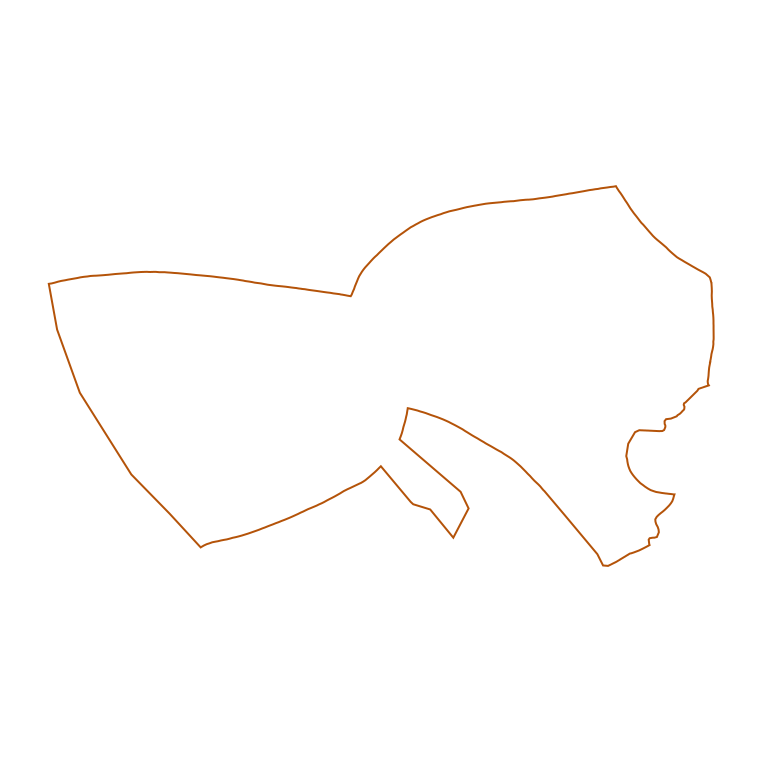 the district of Al Quraishyah, Al Bayda', Yemen, rotated 268°
{"feature_id": "15242507B46472407161282", "entity_name": "Al Quraishyah", "entity_type": "district", "adm_level": 2, "iso_a3": "YEM", "parent_name": "Yemen", "parent_adm1": "Al Bayda'", "projection": "robinson", "projection_center": [44.898, 14.605], "detail": "fine", "context": "isolated", "style": "outline", "palette": "amber", "viewbox_px": 768, "rotation_deg": 268, "n_neighbors": 0, "source": "geoboundaries", "source_scale": "gbopen_adm2", "svg_char_len": 6126}
<svg xmlns="http://www.w3.org/2000/svg" viewBox="0 0 768 768"><g transform="rotate(268 384 384)"><path d="M465.0,714.9L468.9,714.9L471.9,714.8L473.4,714.8L473.4,714.7L474.1,714.6L476.8,714.0L479.2,713.3L481.2,711.2L483.0,709.3L484.5,706.9L486.1,704.1L487.5,701.7L489.5,698.5L490.9,696.2L492.5,693.7L494.0,691.3L495.6,688.7L497.4,686.0L499.0,683.4L500.5,681.2L502.3,679.2L504.4,676.9L506.3,674.9L508.3,672.9L510.6,670.9L512.9,668.4L514.8,666.3L516.5,664.4L518.7,661.9L520.5,660.0L522.7,657.9L524.8,656.2L527.1,654.3L532.1,650.3L534.2,648.6L536.1,646.8L538.3,645.2L540.6,643.6L543.1,641.8L545.9,639.7L551.0,636.3L553.8,634.7L556.4,633.2L559.2,631.4L561.8,629.9L564.0,628.6L566.4,627.1L568.7,625.5L572.2,623.4L573.6,622.7L573.2,620.2L573.0,617.2L572.6,613.9L572.3,610.8L572.0,607.5L571.5,604.7L571.3,602.0L570.9,599.1L570.6,596.0L569.7,590.2L569.3,587.3L568.9,584.5L568.5,581.7L568.1,578.9L567.8,575.7L567.3,572.7L565.9,561.8L565.4,558.9L565.0,555.4L564.6,551.6L564.1,545.6L563.7,542.4L563.4,539.6L563.2,535.5L563.2,532.4L562.9,526.8L562.2,519.8L562.2,516.9L561.9,510.4L561.6,507.6L561.1,498.6L560.9,495.4L560.6,491.8L560.0,487.4L559.7,485.2L559.3,482.5L559.0,480.2L558.9,479.7L558.4,476.5L557.9,473.2L557.3,470.2L556.1,464.8L555.5,461.9L554.9,458.6L554.3,455.4L553.4,452.2L552.7,449.5L551.7,446.6L550.9,443.5L549.9,440.3L549.1,437.6L548.2,435.0L547.0,431.6L545.9,428.8L544.7,426.1L543.5,423.8L542.3,421.3L540.9,418.7L539.7,416.2L536.4,411.1L534.7,408.6L533.1,406.1L531.2,403.3L529.6,401.0L528.1,398.8L525.9,396.1L523.7,393.3L519.6,388.6L517.6,386.4L516.8,385.5L515.1,383.6L513.0,381.4L511.7,379.8L511.0,379.0L509.8,377.7L507.4,375.3L505.3,373.3L501.1,369.2L499.0,367.4L496.9,365.8L494.8,364.4L492.7,363.0L490.3,361.8L488.0,360.8L482.5,358.3L480.0,357.4L477.4,356.1L474.6,354.9L472.9,353.8L473.1,352.8L473.4,351.4L473.6,350.4L474.0,348.8L474.8,345.1L474.9,344.2L475.3,342.9L475.8,339.9L476.3,336.7L477.0,333.5L477.5,330.2L478.0,327.3L479.3,320.2L480.4,313.7L480.9,311.0L481.5,308.2L481.9,305.1L482.0,304.9L482.5,301.8L483.0,299.5L483.1,298.6L483.7,294.7L484.3,291.3L484.7,288.8L485.2,285.2L485.7,281.2L486.1,278.5L487.3,271.1L488.8,264.6L489.3,261.5L489.8,258.4L490.5,255.6L491.1,252.6L491.7,249.2L492.0,247.9L492.2,247.3L492.4,246.3L493.0,243.1L493.2,242.3L494.1,237.4L494.7,233.6L495.3,229.8L495.8,226.9L496.3,223.4L496.8,220.2L497.3,217.2L497.8,213.8L498.2,210.5L499.1,203.4L499.4,200.6L500.3,194.4L500.7,191.3L501.5,185.2L502.0,181.3L502.3,178.1L502.7,174.8L503.0,171.8L503.4,168.6L503.5,165.8L503.6,163.1L504.0,160.1L504.1,157.3L504.1,154.1L504.4,150.4L504.4,144.8L504.2,137.5L504.0,134.0L503.7,130.6L503.6,126.8L503.3,119.4L502.8,112.4L502.5,106.2L502.4,103.2L502.3,100.2L502.3,97.3L502.2,94.4L501.8,91.2L501.6,88.0L501.2,84.4L500.6,81.1L499.7,74.6L499.3,71.7L498.8,68.9L498.3,65.1L497.6,61.7L496.8,58.6L496.1,55.3L495.8,52.5L449.8,59.2L385.9,79.7L302.4,128.3L261.8,165.3L227.1,195.1L227.4,195.6L228.9,198.4L230.1,201.2L230.9,204.1L231.8,206.8L232.3,209.9L232.7,212.7L233.3,215.5L233.8,218.6L234.2,221.6L234.8,224.3L235.6,227.5L236.1,230.4L236.7,233.2L237.5,236.6L238.3,239.5L239.2,242.8L240.0,245.4L241.9,251.5L242.7,254.0L243.9,257.3L244.8,260.1L245.8,262.8L246.7,265.4L247.6,268.1L248.7,271.1L249.6,273.9L250.7,276.8L251.7,279.8L253.7,285.2L254.7,287.7L257.1,293.5L258.3,296.1L259.4,298.9L260.5,301.3L261.6,303.8L262.6,306.6L264.8,312.4L265.9,314.8L267.0,317.6L268.1,320.0L269.6,322.9L270.9,325.6L272.0,328.0L273.3,330.7L274.7,333.4L276.1,336.1L278.4,340.1L278.8,341.0L280.1,343.8L281.2,346.5L282.5,349.5L284.8,354.8L285.5,356.4L285.8,357.3L287.1,359.7L288.5,362.0L290.3,364.3L292.0,366.5L294.1,369.1L296.1,371.6L298.2,374.0L300.1,376.0L301.9,378.0L265.2,406.6L262.8,409.0L257.0,425.8L228.0,447.9L256.7,464.2L273.6,456.8L290.9,438.0L328.1,397.6L328.8,397.9L331.6,399.1L334.2,400.1L337.0,401.0L340.3,401.9L345.6,403.7L348.1,404.4L350.5,405.0L352.9,405.7L356.1,406.3L358.4,406.8L359.0,406.9L358.9,407.4L358.1,410.4L357.3,413.2L356.3,416.6L355.3,419.2L354.4,422.1L353.4,424.9L351.3,430.0L350.2,433.0L349.1,435.9L347.9,438.7L346.6,441.7L345.2,444.6L343.8,447.4L342.2,450.2L340.6,453.1L339.1,455.7L336.0,460.9L334.2,463.4L332.7,465.7L329.6,470.3L327.9,473.0L326.4,475.5L324.4,478.5L322.3,481.9L321.3,483.3L319.9,485.6L318.3,488.3L316.5,491.2L314.9,493.7L313.1,496.7L311.8,499.0L310.0,501.4L306.5,506.6L304.9,508.8L303.2,510.9L301.2,513.1L299.2,515.2L296.8,517.7L294.2,520.1L291.6,522.5L289.3,524.5L286.9,526.8L284.7,528.6L282.1,530.9L280.0,533.0L278.1,534.9L276.1,536.7L274.1,538.2L272.1,539.8L271.6,540.4L246.3,560.3L206.5,591.3L195.0,596.6L194.4,601.6L198.1,609.8L206.0,623.9L206.1,624.9L206.9,627.7L208.7,633.0L210.2,636.4L211.5,639.2L213.0,642.3L213.8,643.8L214.6,643.5L219.2,643.1L220.6,644.1L221.0,647.0L221.0,649.0L221.6,651.4L226.2,653.5L226.4,653.5L229.0,653.3L231.5,652.6L234.3,651.2L236.9,650.5L239.3,650.4L241.7,651.9L243.5,653.8L245.3,656.1L246.8,658.2L248.4,660.2L250.4,662.4L252.7,664.8L254.8,666.6L256.8,668.0L259.2,669.0L261.8,669.8L263.5,670.4L263.5,669.9L264.0,667.1L264.4,664.2L264.6,663.1L264.8,661.5L264.9,661.0L265.4,658.0L266.0,655.2L266.6,652.2L267.7,649.2L268.7,646.7L270.3,644.1L272.3,641.3L273.8,639.5L275.9,636.8L277.8,635.0L279.9,633.1L282.1,631.3L284.1,629.8L286.2,628.4L288.5,627.1L290.8,626.2L293.3,625.4L295.6,624.9L298.4,624.5L300.1,624.4L303.5,623.6L315.8,626.0L327.1,633.2L328.9,637.5L328.2,646.6L327.3,657.3L327.3,660.5L328.2,662.3L329.4,662.9L331.3,663.7L332.9,663.7L334.3,663.1L337.1,663.1L339.0,664.7L339.4,669.5L341.5,675.4L342.5,676.2L343.9,678.6L345.3,680.2L346.5,681.3L347.6,682.6L348.5,683.2L350.8,683.5L352.1,683.0L352.7,682.8L354.2,683.2L355.1,684.7L366.3,696.9L368.2,698.2L371.3,708.6L372.7,707.8L374.8,707.6L375.6,707.6L378.4,708.2L380.9,708.6L383.9,708.9L386.5,709.2L389.3,709.6L391.9,710.2L394.4,710.8L394.4,710.6L397.2,711.3L400.1,711.9L402.5,712.3L405.0,713.0L407.4,713.7L409.8,714.2L412.4,714.6L414.8,714.6L417.3,715.0L419.7,715.1L420.0,715.1L428.1,715.3L430.6,715.4L433.1,715.4L435.7,715.5L438.7,715.5L441.7,715.4L444.2,715.2L447.0,715.1L450.0,714.8L452.8,714.8L455.3,714.7L457.8,714.6L461.1,714.6L465.0,714.9Z" fill="none" stroke="#b45309" stroke-width="2"/></g></svg>